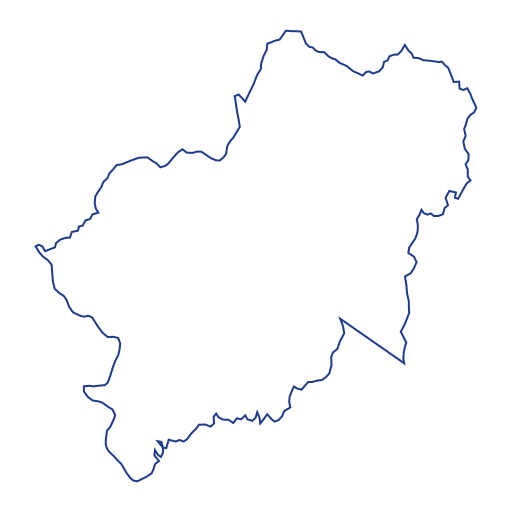 Sapopema, Paraná, Brazil
{"feature_id": "56859067B84915220183665", "entity_name": "Sapopema", "entity_type": "district", "adm_level": 2, "iso_a3": "BRA", "parent_name": "Brazil", "parent_adm1": "Paraná", "projection": "equal_earth", "projection_center": [-50.609, -23.883], "detail": "fine", "context": "isolated", "style": "outline", "palette": "blue", "viewbox_px": 512, "rotation_deg": 0, "n_neighbors": 0, "source": "geoboundaries", "source_scale": "gbopen_adm2", "svg_char_len": 3795}
<svg xmlns="http://www.w3.org/2000/svg" viewBox="0 0 512 512"><path d="M316.0,50.8L312.7,47.5L309.3,46.8L305.9,43.4L301.1,31.5L295.5,31.2L292.0,31.2L285.9,30.7L282.6,35.5L279.6,39.6L274.6,40.8L270.8,42.5L267.3,43.6L266.7,49.9L263.6,55.9L261.1,64.0L260.9,68.9L257.0,75.3L253.7,83.9L251.1,89.3L249.3,92.9L245.2,101.7L242.0,98.0L238.6,94.5L234.7,96.2L235.7,102.5L237.0,111.2L238.6,119.3L239.8,126.8L236.2,132.8L233.4,137.5L230.4,140.9L227.3,145.9L226.2,153.6L223.5,157.4L219.7,160.5L216.0,160.3L211.0,158.2L206.5,155.1L201.3,151.7L196.9,151.6L192.7,152.9L186.6,152.6L182.6,149.3L178.2,152.1L175.2,155.3L171.8,159.3L168.5,163.4L165.0,165.9L160.3,167.3L156.4,163.2L152.8,161.3L147.6,157.4L138.9,157.7L131.6,160.3L126.8,162.2L122.2,164.2L116.6,165.1L113.3,169.2L109.5,173.2L107.3,178.3L103.4,181.9L101.1,187.5L97.9,192.0L95.3,196.5L94.7,203.0L95.8,208.6L98.4,212.7L92.6,214.3L89.9,219.1L85.5,220.4L82.7,225.6L79.0,226.5L78.0,230.6L71.8,232.0L69.9,237.6L65.4,237.8L60.2,239.7L56.2,242.9L54.9,247.4L50.0,249.2L45.2,251.2L42.2,246.2L38.8,244.8L35.6,246.4L39.3,252.4L42.9,256.5L48.3,260.6L51.6,264.7L52.9,281.5L54.7,288.7L59.0,292.8L64.0,296.2L66.7,300.2L69.0,306.6L72.9,312.2L79.1,315.3L83.7,316.7L88.4,315.8L92.2,317.5L98.3,327.1L102.4,332.5L107.7,337.1L113.3,336.8L118.1,337.9L120.2,343.4L119.7,348.6L118.3,354.9L115.4,360.7L113.1,366.6L110.1,376.2L107.8,382.5L104.9,385.1L97.7,385.8L93.4,386.4L89.5,385.8L83.9,386.3L83.9,391.3L87.7,396.8L92.7,400.5L98.6,401.4L102.2,402.6L107.4,406.3L112.6,409.6L115.2,415.0L113.8,419.3L110.2,427.0L107.0,430.6L105.8,439.7L105.8,444.8L107.1,448.9L109.6,452.2L113.3,455.6L118.3,461.1L121.2,463.8L126.4,472.7L130.0,477.6L133.2,480.5L137.3,481.3L146.6,476.7L151.7,473.3L153.6,468.8L155.3,463.7L159.0,461.1L154.4,455.4L155.0,450.1L157.9,454.8L160.9,457.0L163.1,452.5L162.9,447.6L166.3,448.1L168.7,439.7L175.6,441.5L179.5,440.0L183.7,441.5L186.9,439.3L191.9,432.8L196.6,428.2L199.0,424.7L205.1,424.5L210.5,426.6L214.1,423.4L213.6,416.8L216.2,413.6L218.5,417.3L223.2,419.6L228.7,419.8L233.2,423.0L236.8,418.4L241.3,419.2L245.2,415.3L247.5,419.3L252.4,420.8L255.6,417.7L257.2,412.2L259.5,417.7L260.2,423.4L263.8,419.0L267.2,414.3L271.7,419.3L274.6,421.6L278.5,420.1L282.1,416.3L284.1,411.2L290.3,407.4L289.2,401.9L289.6,396.8L291.9,390.8L294.0,386.5L297.1,388.5L301.6,389.7L304.8,385.8L308.2,382.0L312.2,382.0L317.2,380.6L321.6,380.1L325.4,377.7L329.2,373.6L331.5,365.2L331.2,357.0L332.9,352.5L337.4,348.9L339.9,341.4L344.2,333.3L343.1,326.4L340.2,318.7L404.2,363.3L403.3,358.7L403.8,352.0L404.9,346.7L406.3,342.7L403.1,336.2L400.8,331.6L403.8,326.1L405.9,321.5L407.4,317.5L409.2,312.7L408.9,307.4L408.8,301.2L407.1,293.5L406.4,285.3L405.0,276.4L410.5,273.5L413.7,268.8L416.6,262.1L413.8,256.5L408.3,253.0L409.2,247.5L412.7,242.3L415.0,239.0L417.1,233.7L417.8,229.4L417.8,224.8L416.8,219.3L419.4,215.0L421.5,209.8L423.7,213.1L427.3,214.6L430.9,213.5L433.9,216.0L438.1,216.0L442.9,214.3L444.7,208.0L448.0,205.2L445.6,197.7L449.3,191.0L456.0,192.5L454.9,197.7L458.1,198.8L460.8,193.7L464.2,187.6L466.8,183.3L470.5,180.4L467.8,176.7L467.8,169.5L465.6,164.2L468.3,160.3L468.7,154.3L464.8,148.7L463.3,141.5L465.7,135.7L464.1,129.1L465.7,125.0L467.5,118.5L470.8,114.5L473.8,112.7L476.4,107.8L473.9,102.5L472.1,98.6L470.5,94.1L467.3,88.3L463.3,90.0L459.6,88.6L459.1,81.6L453.8,82.1L450.8,74.1L448.1,67.7L445.1,65.3L442.0,61.7L438.7,62.0L429.5,60.7L423.4,60.2L418.4,58.0L413.6,57.8L411.6,53.3L408.6,50.8L404.8,44.9L401.4,50.8L397.9,54.5L393.7,54.7L389.6,56.2L387.6,60.3L384.0,62.0L382.9,67.0L379.2,71.3L372.9,73.5L369.4,71.5L366.1,72.0L362.7,75.6L358.4,73.5L353.3,71.3L350.2,68.9L346.8,66.0L342.8,64.3L339.4,62.7L335.5,59.5L331.2,58.0L328.0,55.9L324.2,52.1L319.3,52.1L316.0,50.8ZM162.9,447.6L157.7,441.2L161.4,441.9L162.9,447.6Z" fill="none" stroke="#1e3a8a" stroke-width="2"/></svg>